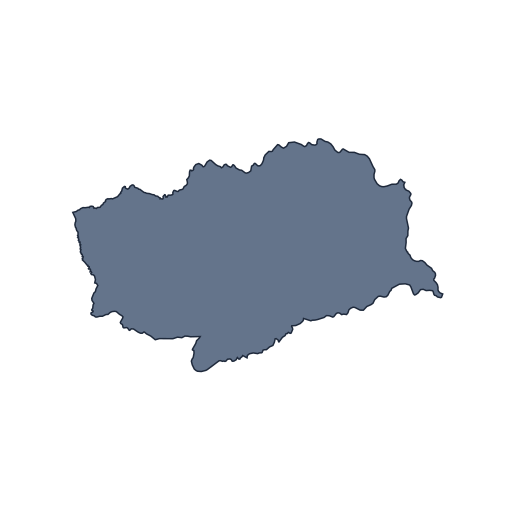 Lugela, Zambezia, Mozambique, rotated 314°
{"feature_id": "85939544B172449318268", "entity_name": "Lugela", "entity_type": "district", "adm_level": 2, "iso_a3": "MOZ", "parent_name": "Mozambique", "parent_adm1": "Zambezia", "projection": "orthographic", "projection_center": [36.652, -16.329], "detail": "fine", "context": "isolated", "style": "filled", "palette": "slate", "viewbox_px": 512, "rotation_deg": 314, "n_neighbors": 0, "source": "geoboundaries", "source_scale": "gbopen_adm2", "svg_char_len": 6162}
<svg xmlns="http://www.w3.org/2000/svg" viewBox="0 0 512 512"><g transform="rotate(314 256 256)"><path d="M388.6,232.0L387.9,228.5L386.4,226.1L385.4,221.6L384.7,220.7L383.4,219.6L382.6,219.5L380.2,220.7L379.2,221.9L377.8,221.9L376.7,221.4L374.8,218.7L374.7,216.1L374.2,215.0L372.8,214.9L370.5,215.6L368.6,215.1L368.1,214.0L367.7,211.2L364.7,204.5L360.2,200.8L356.1,201.8L352.7,200.9L352.0,198.7L351.8,195.2L351.1,194.2L344.4,194.5L342.8,195.0L341.7,194.4L340.2,192.6L335.1,192.4L332.0,193.4L330.5,194.6L329.0,195.3L326.4,196.2L324.1,196.3L323.0,195.7L322.1,194.6L322.1,191.5L321.9,190.8L321.2,190.5L319.4,190.9L317.6,190.4L313.6,193.1L311.0,192.7L309.0,191.6L308.3,190.5L307.7,186.1L306.4,184.3L305.4,180.5L306.0,177.7L305.9,176.4L305.5,176.0L303.3,176.4L302.1,176.1L301.0,172.6L301.4,171.2L300.7,170.3L299.4,169.8L297.1,170.3L295.5,169.9L295.5,168.2L294.3,165.9L293.8,163.5L293.6,157.4L292.8,156.1L289.7,155.5L285.1,156.6L283.9,156.4L283.4,155.8L283.7,154.0L282.8,150.6L280.0,149.2L277.1,149.5L275.6,150.1L274.9,151.0L273.8,151.1L272.6,150.6L272.7,149.8L272.0,149.0L270.4,149.7L267.2,152.5L264.7,153.1L262.9,153.1L261.4,155.4L260.2,156.5L258.5,156.7L256.1,156.1L253.6,156.9L252.7,156.7L250.2,155.1L248.4,155.2L247.6,154.3L246.7,151.9L246.0,151.4L244.0,152.0L242.7,153.3L242.1,153.3L240.5,152.4L238.8,150.6L236.6,151.1L235.8,150.2L236.4,149.8L236.5,148.8L236.9,148.3L236.6,147.8L236.4,148.1L235.1,147.7L234.1,147.9L233.3,149.0L232.2,149.3L231.0,147.8L231.2,147.1L230.7,147.0L231.1,146.6L230.7,145.4L230.7,143.8L229.4,142.0L229.2,140.1L228.1,138.7L226.9,136.0L225.0,133.6L224.8,132.6L223.9,131.2L223.3,126.1L222.5,125.1L222.7,124.0L221.2,121.1L221.9,119.3L221.7,118.2L221.0,117.5L218.6,117.0L216.9,117.6L215.0,117.3L214.3,115.5L214.4,114.4L215.1,113.8L214.6,113.0L212.0,112.8L209.2,114.4L207.7,114.4L207.1,115.2L206.0,114.9L202.5,115.2L197.4,113.1L196.8,112.0L194.7,110.4L194.4,109.7L192.7,109.0L191.5,109.1L190.7,109.9L188.1,109.5L186.6,110.1L185.1,109.6L182.7,110.0L180.7,108.2L179.3,108.2L178.5,106.6L177.8,106.3L178.5,104.6L177.8,103.3L176.5,102.2L175.0,102.4L174.8,101.7L172.1,99.6L170.6,97.9L168.1,96.9L166.8,97.0L165.0,96.0L163.3,95.9L160.1,93.9L157.6,100.4L155.9,102.2L154.2,102.9L152.6,104.1L151.2,106.3L151.1,107.5L150.6,107.8L149.8,109.4L149.5,111.4L147.3,113.6L146.9,113.4L146.5,114.7L145.6,114.7L145.7,115.8L145.1,116.1L144.9,117.0L143.9,117.3L144.0,117.9L143.0,119.3L143.7,119.8L142.1,121.3L142.2,122.0L141.5,121.8L141.4,122.6L140.6,123.2L140.5,123.8L138.9,124.6L139.1,125.5L136.9,126.8L137.0,127.4L136.4,128.1L136.5,129.0L136.0,129.3L136.2,130.1L135.6,131.1L135.0,131.3L135.4,132.3L134.1,133.0L133.6,132.7L133.0,133.9L132.6,133.9L132.6,137.1L132.1,140.9L132.5,141.6L131.8,142.2L132.4,143.5L132.0,144.0L130.4,144.3L130.4,144.8L131.4,145.7L131.3,146.3L129.7,147.4L130.4,147.6L130.0,149.2L129.1,149.1L128.6,149.4L128.4,150.6L129.5,152.2L129.4,153.8L127.5,156.9L124.6,158.7L125.5,160.3L124.9,162.7L121.2,163.8L118.8,165.2L116.8,165.1L111.4,167.3L110.1,168.9L109.4,172.3L107.6,172.8L105.1,174.8L103.2,175.2L102.9,175.7L103.3,176.9L102.8,177.5L100.3,176.9L99.6,177.7L99.6,179.3L100.6,181.3L100.6,182.8L101.5,183.9L104.0,185.4L106.0,187.4L109.6,188.7L111.2,190.1L114.0,190.3L115.9,191.0L117.9,192.6L119.0,194.1L119.2,198.1L119.9,201.2L119.8,202.6L118.5,203.3L114.0,204.5L113.5,205.6L113.9,207.5L112.3,210.0L112.5,210.9L114.7,212.7L115.0,213.8L114.5,216.3L114.8,216.8L117.0,216.9L118.4,218.6L119.3,223.9L120.2,226.5L121.4,227.8L123.5,228.2L123.8,228.7L123.9,231.3L125.3,235.8L125.8,241.7L129.5,243.9L138.8,253.7L143.1,255.9L145.7,259.4L149.0,260.5L150.8,262.5L152.4,265.0L159.3,271.8L157.6,272.2L153.8,272.1L151.3,273.4L144.7,275.1L144.3,275.6L144.8,277.0L143.1,278.9L139.3,281.4L137.7,281.6L135.5,282.5L133.4,285.8L131.8,290.2L132.0,292.6L132.5,294.0L134.9,296.9L138.9,299.4L140.5,299.9L154.9,302.2L156.1,303.2L156.9,305.0L158.2,305.9L158.6,306.9L159.7,307.4L161.9,307.2L163.8,308.7L164.3,310.0L163.8,312.0L165.0,313.1L167.5,313.8L170.0,313.1L169.9,315.2L170.6,316.0L171.7,315.6L173.9,315.9L175.2,315.6L176.5,320.3L178.5,318.9L181.1,319.2L184.4,321.4L186.9,325.0L188.7,325.8L190.3,327.3L190.9,327.4L193.1,326.5L194.2,327.0L195.9,328.6L200.0,328.9L203.4,330.3L206.8,329.1L209.7,327.3L210.6,327.9L210.9,330.7L210.1,331.6L210.1,332.2L215.9,331.5L218.9,332.2L221.0,331.6L222.0,332.4L223.5,332.3L224.1,334.3L225.0,334.8L228.7,333.4L229.6,332.2L230.0,330.6L230.6,330.2L233.6,332.9L238.1,334.7L241.4,334.9L242.8,334.6L244.1,333.6L247.5,340.5L248.9,341.1L250.8,342.9L253.0,344.4L259.1,347.7L262.1,348.1L263.9,350.2L265.4,353.7L266.5,354.1L270.5,353.7L272.1,354.4L273.1,356.0L273.3,358.3L275.1,359.4L276.8,361.8L279.0,361.6L281.9,360.2L284.1,360.4L286.6,361.4L287.7,362.9L289.4,368.5L291.6,370.9L296.7,370.8L300.8,372.5L303.2,373.0L307.1,371.7L311.9,372.0L313.4,373.2L315.4,376.6L317.2,378.0L319.3,378.1L323.4,376.8L325.1,377.0L327.0,376.1L335.3,378.7L339.7,382.7L341.9,386.7L341.3,389.0L338.2,395.5L338.1,397.1L339.0,397.7L342.1,398.3L346.1,397.7L348.2,399.4L349.3,402.4L351.9,404.7L353.6,407.0L353.6,407.9L352.0,410.6L351.8,411.7L352.6,413.2L352.6,415.0L354.3,417.8L355.2,418.1L358.4,416.7L357.3,414.1L357.4,411.8L358.0,410.5L360.0,408.6L361.4,406.4L361.9,404.1L362.0,400.8L362.9,399.9L364.0,399.9L366.8,398.6L368.0,397.2L368.4,395.9L368.2,393.2L369.1,390.8L368.2,385.4L368.6,382.0L368.2,379.0L367.1,377.5L365.2,376.8L363.6,375.1L362.6,373.2L362.1,371.1L362.4,368.5L363.6,366.1L363.5,363.8L364.2,362.2L363.9,361.8L365.2,358.2L370.0,354.6L372.8,351.8L376.1,351.1L379.5,347.9L382.0,346.3L387.5,338.2L389.0,336.8L396.0,333.6L400.3,332.7L402.3,331.5L402.9,330.6L403.2,327.8L404.2,326.2L405.0,325.5L407.8,324.7L408.5,323.9L408.8,320.9L407.7,318.1L408.0,317.3L407.7,316.6L408.4,314.4L409.1,314.0L409.6,312.9L412.4,311.9L411.5,310.1L411.9,308.1L411.5,306.7L409.3,306.7L407.4,307.5L405.2,307.1L401.9,303.8L397.6,301.8L394.7,299.9L393.3,298.3L392.3,296.0L392.1,292.9L393.5,287.9L394.4,286.4L396.7,284.2L399.6,282.6L400.7,281.4L401.6,278.0L404.7,270.1L405.1,266.7L404.4,263.7L401.0,259.7L398.9,254.8L395.2,250.9L393.6,244.4L392.9,244.0L389.2,244.3L388.1,243.9L387.3,242.8L387.0,239.1L388.1,235.6L388.6,232.0Z" fill="#64748b" stroke="#1e293b" stroke-width="1.5"/></g></svg>